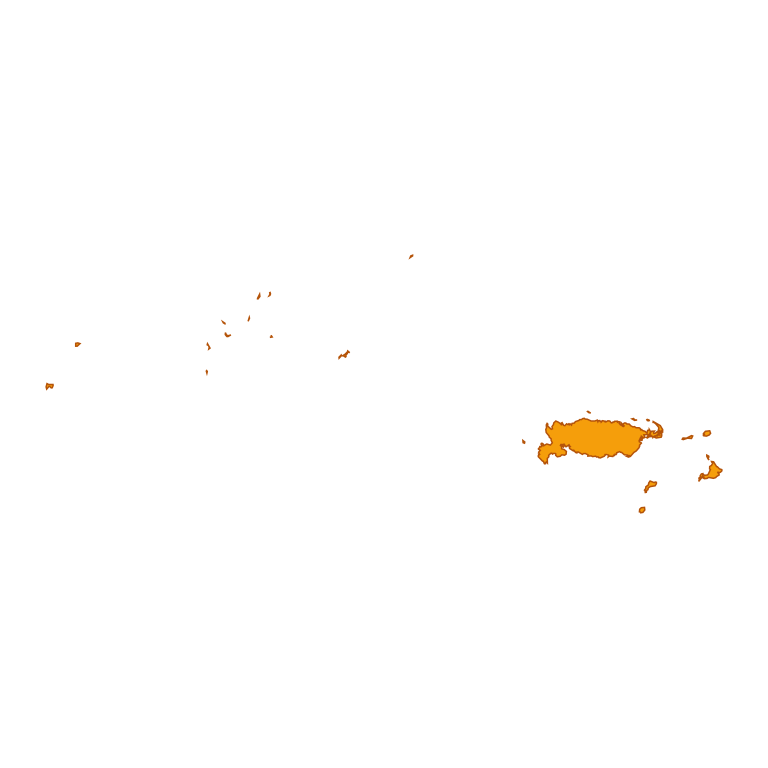 outline of Manus District, Manus, Papua New Guinea
{"feature_id": "67681753B50944045415739", "entity_name": "Manus District", "entity_type": "district", "adm_level": 2, "iso_a3": "PNG", "parent_name": "Papua New Guinea", "parent_adm1": "Manus", "projection": "robinson", "projection_center": [146.566, -1.667], "detail": "fine", "context": "isolated", "style": "filled", "palette": "amber", "viewbox_px": 768, "rotation_deg": 0, "n_neighbors": 0, "source": "geoboundaries", "source_scale": "gbopen_adm2", "svg_char_len": 6128}
<svg xmlns="http://www.w3.org/2000/svg" viewBox="0 0 768 768"><path d="M585.2,419.1L584.3,418.3L582.7,418.6L581.4,419.6L579.7,419.6L578.8,420.5L575.4,421.6L574.3,423.1L572.0,423.4L571.5,425.1L570.0,423.8L569.3,424.7L568.7,423.9L568.0,424.6L566.6,423.8L564.9,425.7L563.6,425.3L562.2,422.8L561.8,423.3L562.5,424.2L561.4,424.7L561.0,423.4L560.6,423.9L558.6,422.3L555.8,421.0L553.8,422.9L553.4,424.7L552.0,426.6L552.5,428.8L551.3,429.3L547.6,426.0L547.8,424.1L547.1,423.4L546.3,424.9L546.5,427.8L545.8,429.4L546.2,432.5L549.1,436.0L549.2,437.0L551.2,438.9L551.1,440.2L552.3,442.8L550.4,445.1L546.8,444.0L544.0,445.5L543.0,443.8L541.9,443.2L541.2,443.5L541.1,444.5L542.4,445.7L541.4,445.6L541.4,446.6L540.7,446.9L539.8,446.6L539.5,447.8L538.5,448.5L538.5,449.2L540.3,450.3L538.6,452.2L539.5,454.2L538.6,454.2L538.9,455.1L538.3,455.6L538.3,456.7L542.5,461.1L543.4,461.3L544.3,463.6L544.9,463.9L545.6,463.6L545.5,462.7L546.4,461.9L547.4,463.0L547.3,458.4L548.8,456.8L548.7,455.3L550.8,453.3L551.9,453.2L552.4,454.1L553.7,453.4L555.3,453.5L555.8,453.9L555.7,455.3L557.3,456.8L560.2,456.3L561.8,454.8L564.6,455.2L566.1,454.2L566.4,451.4L564.1,449.5L561.6,448.8L561.7,446.6L560.4,445.5L560.9,444.5L562.1,444.5L562.3,446.1L563.4,447.1L564.1,446.2L563.5,444.4L564.0,444.1L566.0,446.8L569.0,444.8L569.4,445.6L569.0,446.1L570.2,446.5L569.4,447.4L569.6,448.5L573.3,450.9L573.8,450.3L575.6,452.5L576.3,452.2L576.9,452.9L577.4,452.1L578.3,452.0L582.4,454.4L583.5,453.6L585.3,453.5L588.0,454.8L587.8,456.1L591.2,455.9L592.6,456.6L595.7,456.2L596.5,457.0L598.0,456.8L598.6,457.6L600.4,457.9L604.3,456.2L605.2,455.2L605.1,454.6L606.6,454.5L608.6,455.1L608.2,456.9L609.3,456.1L612.9,456.5L613.8,455.2L614.4,455.5L615.0,454.3L615.9,454.6L616.6,453.8L616.7,452.7L619.7,451.6L620.5,452.3L621.6,452.4L624.4,454.8L627.7,455.1L628.9,455.9L629.6,455.6L630.1,456.4L630.5,456.3L633.9,452.4L636.2,451.0L638.9,447.9L639.7,446.0L639.5,445.2L641.4,443.1L640.7,442.2L639.4,441.9L639.1,440.8L640.7,437.3L641.5,437.4L641.5,436.3L642.5,437.1L641.2,438.1L641.4,439.0L640.1,439.6L640.3,440.2L642.0,440.3L642.2,439.1L643.6,437.6L644.4,437.7L644.9,437.1L643.9,434.8L649.4,434.5L650.6,431.8L649.2,429.3L649.1,430.1L647.6,430.4L647.0,433.2L645.2,431.4L642.3,430.4L641.7,429.5L640.6,429.8L640.2,428.5L639.2,427.8L636.0,427.7L634.5,426.6L633.0,426.9L630.8,425.8L629.3,424.1L626.6,423.9L626.0,423.1L624.8,422.9L623.6,423.5L622.7,424.7L624.1,425.9L623.6,426.5L622.8,426.4L621.3,425.0L622.1,423.9L621.5,423.1L620.3,424.7L619.2,423.3L620.2,422.1L618.7,421.6L617.5,422.2L617.3,421.2L614.6,421.3L614.0,422.1L613.1,421.9L612.7,422.6L611.3,422.9L609.7,421.0L607.8,420.8L605.9,421.9L605.5,421.3L604.9,421.7L604.2,421.0L602.5,420.7L601.2,422.1L601.0,421.2L600.1,421.4L599.7,420.6L598.4,420.7L597.9,421.7L597.3,420.1L594.9,421.0L591.1,421.0L587.2,419.2L585.2,419.1ZM713.6,461.8L711.5,461.5L711.8,462.2L712.7,462.5L712.7,463.1L711.5,465.4L709.7,466.5L709.6,468.9L710.4,469.5L708.3,474.1L707.5,475.0L704.6,475.3L703.7,474.7L702.8,475.3L702.9,473.6L701.4,473.9L700.2,475.7L700.3,476.9L698.9,478.1L699.3,479.4L698.7,481.4L702.0,477.3L701.2,477.7L701.7,476.9L703.3,476.7L704.0,477.1L704.0,477.7L702.5,477.6L704.4,478.7L707.1,478.4L708.6,477.4L713.4,478.3L715.7,477.6L716.6,476.5L719.1,475.0L719.0,473.8L717.8,472.7L718.1,472.2L718.7,472.8L720.5,472.2L721.9,470.8L721.8,469.6L719.5,468.9L717.3,466.7L716.6,466.6L713.6,461.8ZM662.7,429.7L660.3,425.6L653.2,421.5L653.1,422.4L654.1,422.5L655.8,423.9L658.6,427.2L658.8,428.1L658.1,431.3L658.5,431.9L659.7,430.1L659.1,434.7L659.4,435.1L658.2,434.9L657.1,436.1L655.9,435.9L654.9,436.6L654.7,436.0L656.4,435.6L658.8,433.3L657.1,431.7L655.3,433.2L653.8,433.4L653.6,432.1L654.4,431.1L651.7,431.2L651.0,431.7L649.7,434.9L650.6,435.2L649.1,435.6L648.6,434.8L648.1,435.0L647.7,436.5L646.5,437.5L647.4,438.0L648.8,436.9L651.0,436.5L652.7,436.8L652.9,437.5L653.5,436.7L656.2,438.0L661.2,437.2L661.7,435.9L661.7,433.4L660.8,433.7L660.4,431.9L662.1,430.3L661.9,432.0L662.6,432.1L662.7,429.7ZM650.1,481.0L648.8,482.8L648.3,485.0L645.9,486.7L645.7,488.5L644.5,490.1L645.4,490.8L645.1,491.6L645.3,492.5L646.3,492.3L646.7,490.4L647.9,489.7L648.2,488.2L648.8,487.5L650.3,486.6L655.1,485.8L656.4,483.7L656.4,482.3L655.2,482.0L654.1,482.6L650.1,481.0ZM709.7,430.8L705.4,431.3L703.4,433.6L703.5,434.5L703.9,433.7L704.4,434.4L703.5,435.1L704.6,435.9L706.5,436.1L709.2,435.0L710.6,433.3L709.7,430.8ZM642.9,512.4L644.8,510.0L644.5,507.4L641.3,507.7L639.7,509.2L639.4,511.8L640.3,512.0L640.7,512.8L642.9,512.4ZM48.7,384.5L47.0,383.6L46.1,386.9L46.7,389.1L48.9,386.5L49.8,386.5L51.2,387.9L52.2,387.8L53.1,385.6L53.0,384.5L48.7,384.5ZM691.5,438.5L692.7,436.0L691.5,435.6L686.4,438.2L683.0,438.0L682.2,439.2L683.2,439.6L687.5,438.2L691.5,438.5ZM349.7,352.6L347.7,350.9L347.4,351.9L345.0,354.3L342.5,355.8L344.1,356.1L345.3,357.1L346.0,356.6L345.9,355.0L347.3,353.6L347.5,352.1L349.7,352.6ZM75.7,346.2L77.2,346.2L80.0,343.6L77.8,342.9L75.7,343.3L75.7,346.2ZM228.4,335.7L226.5,335.1L225.4,332.6L225.3,334.6L226.8,336.5L227.9,336.6L230.9,334.9L228.4,335.7ZM258.0,298.9L259.9,296.5L259.6,294.2L257.6,298.2L257.5,298.8L258.0,298.9ZM709.1,460.0L708.2,458.6L708.2,457.8L708.9,457.0L708.7,456.1L706.8,455.1L706.8,456.3L708.0,458.8L709.1,460.0ZM524.5,443.2L524.8,442.0L522.9,440.5L523.1,442.7L524.5,443.2ZM410.1,257.6L412.6,255.9L412.6,255.2L410.8,255.9L410.1,257.6ZM633.6,418.5L632.0,418.9L634.6,420.4L637.1,420.0L634.7,419.9L633.6,418.5ZM208.8,349.0L210.0,348.1L207.5,343.7L207.2,344.8L208.5,345.5L209.2,347.2L208.8,349.0ZM339.1,358.2L341.4,355.7L341.2,355.0L339.0,357.2L339.1,358.2ZM272.2,337.0L271.1,335.3L271.4,336.9L269.9,337.4L272.2,337.0ZM647.2,419.4L646.8,419.7L647.4,420.6L648.7,420.8L648.8,420.3L649.6,421.0L649.0,420.0L647.2,419.4ZM629.4,456.1L627.1,456.5L628.4,457.1L629.6,456.7L629.4,456.1ZM269.9,295.4L270.5,293.9L270.1,292.5L269.7,292.7L270.0,294.2L269.1,295.8L269.9,295.4ZM248.1,321.3L249.5,318.2L249.3,317.4L248.1,321.3ZM590.7,413.1L587.9,411.3L587.5,411.5L588.7,412.6L590.7,413.1ZM206.9,373.2L207.3,371.5L206.7,370.6L206.3,371.1L206.9,373.2ZM224.9,323.8L225.0,323.3L222.8,321.8L223.3,322.8L224.9,323.8Z" fill="#f59e0b" stroke="#b45309" stroke-width="1.5"/></svg>